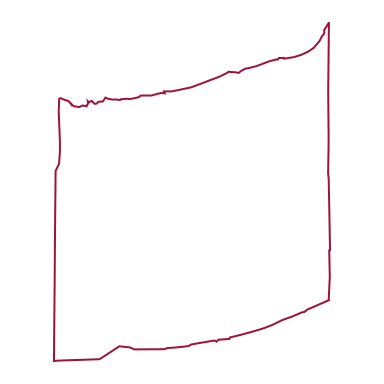 outline of Kiang Central, Lower River, Gambia
{"feature_id": "56634734B95834842597723", "entity_name": "Kiang Central", "entity_type": "district", "adm_level": 2, "iso_a3": "GMB", "parent_name": "Gambia", "parent_adm1": "Lower River", "projection": "equal_earth", "projection_center": [-15.756, 13.406], "detail": "fine", "context": "isolated", "style": "outline", "palette": "rose", "viewbox_px": 384, "rotation_deg": 0, "n_neighbors": 0, "source": "geoboundaries", "source_scale": "gbopen_adm2", "svg_char_len": 1687}
<svg xmlns="http://www.w3.org/2000/svg" viewBox="0 0 384 384"><path d="M328.8,300.2L328.7,300.1L329.5,282.6L329.8,277.2L329.2,250.4L330.0,250.1L329.6,226.3L328.7,178.4L328.1,173.3L328.1,173.0L328.2,168.4L328.5,150.7L328.6,143.9L328.6,134.9L328.2,92.3L328.2,91.3L328.2,90.0L328.9,24.6L328.9,23.0L328.7,23.0L324.2,30.0L324.3,33.5L321.9,36.3L319.6,40.9L313.7,47.9L307.8,51.8L301.3,54.8L294.0,57.1L284.2,58.7L283.9,57.9L283.1,57.9L278.9,58.0L277.8,59.5L276.0,59.5L268.6,61.5L256.3,66.2L248.3,68.2L245.4,68.6L241.2,70.9L238.6,72.9L234.2,72.1L231.2,72.1L228.6,71.7L227.1,72.9L220.0,76.4L215.9,78.0L208.7,80.7L203.6,82.7L195.3,85.8L190.9,87.4L177.6,90.2L171.5,91.4L164.1,91.4L164.6,93.2L164.4,93.1L160.3,93.1L151.4,95.5L151.0,95.5L144.7,95.5L140.5,95.6L139.1,97.1L132.0,98.7L129.3,99.1L126.7,98.7L123.8,99.1L121.1,99.1L120.5,99.9L119.6,99.9L118.4,99.9L116.7,99.5L112.6,99.6L108.1,98.8L105.5,97.6L102.8,101.5L100.5,101.5L99.6,101.9L98.1,101.9L96.9,103.5L94.6,103.9L91.6,100.8L89.0,102.4L87.8,101.2L88.1,103.5L87.2,104.7L86.6,106.3L82.5,105.5L79.3,107.1L75.2,106.3L73.7,106.3L71.0,103.6L71.0,104.0L68.4,100.9L66.3,100.5L60.7,98.2L59.2,98.6L59.2,99.4L58.7,111.6L59.9,140.7L59.9,151.6L59.1,163.6L55.6,171.0L55.0,233.5L54.7,278.5L54.6,288.8L54.2,331.7L54.0,359.3L54.0,361.0L58.4,360.6L99.6,359.2L100.2,358.8L119.3,346.3L129.9,347.4L134.4,349.4L148.2,349.3L165.0,349.2L166.8,348.1L172.6,347.7L178.5,347.2L185.1,346.5L188.6,346.0L191.2,344.5L197.3,343.4L214.5,340.5L216.5,341.7L218.6,339.7L229.5,338.9L229.9,337.5L240.1,335.0L253.3,331.4L263.6,328.3L271.9,325.1L282.2,320.1L288.9,317.7L291.3,316.9L302.2,312.2L304.0,312.2L307.5,309.5L328.8,300.2Z" fill="none" stroke="#9f1239" stroke-width="2"/></svg>